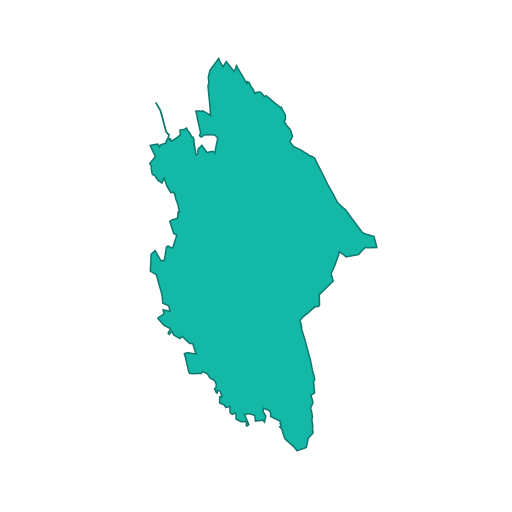 Bārbeles pag., Vecumnieku, Latvia, rotated 65°
{"feature_id": "27541924B85355894177971", "entity_name": "Bārbeles pag.", "entity_type": "district", "adm_level": 2, "iso_a3": "LVA", "parent_name": "Latvia", "parent_adm1": "Vecumnieku", "projection": "natural_earth1", "projection_center": [24.603, 56.465], "detail": "fine", "context": "isolated", "style": "filled", "palette": "teal", "viewbox_px": 512, "rotation_deg": 65, "n_neighbors": 0, "source": "geoboundaries", "source_scale": "gbopen_adm2", "svg_char_len": 5975}
<svg xmlns="http://www.w3.org/2000/svg" viewBox="0 0 512 512"><g transform="rotate(65 256 256)"><path d="M358.8,349.7L359.2,349.8L360.4,349.6L361.0,349.5L362.8,349.7L363.4,349.6L363.7,349.4L363.8,349.2L363.7,349.0L363.5,348.9L362.2,348.1L361.9,347.9L361.7,347.7L361.8,347.3L362.3,346.7L362.8,346.1L363.2,345.8L363.8,345.6L364.3,345.6L365.0,345.9L365.3,345.9L365.9,345.9L367.2,345.8L368.2,346.0L369.1,346.2L369.2,346.4L369.1,346.8L368.2,347.7L368.1,347.9L368.3,348.3L373.2,350.9L373.7,351.0L374.1,350.9L374.2,350.7L374.5,350.3L374.6,350.2L375.9,349.4L376.2,348.9L376.5,348.4L377.6,347.8L378.8,347.6L380.5,347.4L380.5,346.9L381.0,345.6L381.1,343.5L381.6,343.1L382.7,343.9L386.3,345.4L387.6,345.6L389.6,344.3L389.2,341.7L389.4,341.4L391.2,341.3L392.3,341.5L393.5,342.3L393.8,342.4L394.2,342.4L394.8,342.8L395.5,343.0L399.7,339.7L400.6,338.4L400.8,337.7L401.1,336.8L401.4,336.1L401.7,335.6L402.2,335.1L402.7,334.9L403.0,335.0L403.4,335.2L404.7,336.1L405.7,336.4L405.9,336.3L406.3,336.0L406.2,335.5L406.1,334.7L405.7,333.8L405.5,333.7L395.0,333.4L395.5,329.9L397.7,327.0L399.4,325.0L399.7,325.0L400.3,324.5L405.4,326.3L407.7,319.2L410.1,318.5L408.4,317.2L406.3,315.5L405.2,314.8L399.6,315.3L398.6,314.4L397.1,313.6L401.8,309.2L404.6,309.1L407.6,310.6L414.6,304.9L415.5,304.3L416.6,303.9L417.0,304.0L417.7,304.9L420.7,304.9L420.8,306.7L424.4,305.7L427.3,306.4L433.8,307.1L439.1,304.9L445.2,302.2L449.8,301.2L450.8,291.4L443.1,285.5L440.7,279.5L440.0,278.8L436.1,277.7L434.4,276.6L432.1,275.7L428.0,274.6L425.3,272.6L422.9,272.1L420.1,271.2L417.1,270.9L416.6,270.5L413.2,266.5L409.4,265.5L409.1,265.7L408.9,265.6L405.5,265.0L405.4,265.0L404.9,261.1L404.7,260.7L400.4,259.1L394.7,257.2L394.1,256.7L393.0,255.1L389.9,254.3L386.0,253.6L383.3,253.2L379.7,252.2L372.7,250.5L367.6,249.7L352.9,247.1L343.9,245.9L339.9,245.2L339.6,244.5L332.9,243.3L331.0,238.8L330.0,234.9L329.9,234.9L329.8,233.5L327.8,227.0L327.3,224.7L326.5,224.3L327.3,223.1L327.5,222.5L328.2,220.6L327.0,219.0L317.8,215.0L315.9,209.6L314.3,205.1L313.9,203.8L311.3,196.6L304.0,195.4L303.4,195.0L298.9,189.7L297.7,188.4L296.8,187.6L289.8,180.5L287.4,178.8L292.6,175.7L294.8,174.9L298.0,162.6L298.0,162.2L295.6,156.9L294.9,154.4L294.7,153.5L294.4,153.2L295.7,151.4L299.4,142.9L288.2,140.8L285.7,143.7L284.2,145.2L282.9,147.0L280.1,149.4L279.7,149.7L260.7,153.6L252.2,155.2L251.3,155.5L249.5,156.5L246.8,157.7L245.8,158.0L242.9,159.2L242.2,159.4L240.1,159.6L234.7,159.8L220.6,160.8L209.2,161.0L196.0,161.5L191.9,161.5L189.2,163.4L189.5,163.6L186.3,166.1L186.0,165.9L182.0,168.6L179.0,170.5L173.8,174.7L173.7,174.8L172.8,175.7L166.7,177.0L163.3,172.6L163.1,172.4L156.7,171.5L155.0,171.8L150.7,173.0L145.7,173.6L145.2,172.4L144.4,171.5L144.3,171.4L140.5,169.8L132.1,170.3L132.5,170.7L125.3,174.3L118.8,177.2L114.8,179.2L115.3,181.0L111.1,182.0L109.8,182.5L109.0,183.1L107.8,186.4L108.4,188.2L104.5,188.3L102.9,188.2L101.5,188.7L100.3,188.9L96.4,188.8L94.7,189.7L94.2,190.1L94.2,190.4L95.6,191.5L86.3,192.3L82.9,192.7L75.2,193.3L78.1,195.9L79.4,197.9L67.2,200.8L70.6,205.9L64.7,206.6L61.2,206.3L68.2,219.2L73.8,223.7L78.8,225.4L80.2,226.4L81.6,227.7L104.0,235.6L104.2,235.9L109.3,237.7L101.9,242.9L101.9,244.3L100.6,246.1L99.3,249.3L106.5,250.8L106.8,251.2L108.4,251.4L121.6,254.3L121.8,255.3L122.7,256.1L123.4,256.2L125.1,255.5L124.5,251.4L126.2,247.6L128.8,242.3L132.5,240.8L134.7,242.1L141.5,247.2L145.4,249.9L144.4,250.1L143.1,250.7L142.4,252.3L141.6,256.6L132.8,258.3L133.6,260.3L134.5,263.0L135.0,263.4L136.1,264.1L136.3,264.4L136.6,264.7L137.1,264.5L138.9,265.5L139.0,267.6L130.6,265.3L129.6,265.7L129.4,265.6L130.0,265.3L127.4,264.2L126.3,264.1L125.5,263.9L124.9,263.1L121.7,262.8L121.3,263.8L115.5,264.2L113.3,265.0L110.7,264.8L111.0,267.4L110.8,268.3L109.7,271.7L114.2,273.3L115.4,278.0L116.1,283.3L115.8,283.5L115.5,284.2L115.3,284.3L115.1,284.5L115.3,285.0L115.2,285.1L114.9,285.2L114.7,285.1L114.3,284.4L114.1,284.2L113.8,284.0L113.3,284.5L113.2,285.2L113.0,285.4L112.6,285.6L112.3,285.7L111.8,285.7L109.8,283.7L109.2,283.5L108.7,283.6L108.5,283.9L108.0,284.2L106.8,284.4L106.5,284.5L106.2,284.8L105.3,284.8L88.2,281.7L83.3,281.1L82.5,281.1L74.9,281.9L74.6,282.1L83.3,281.3L88.2,282.0L105.3,285.0L106.3,284.9L106.7,284.6L108.1,284.4L108.3,284.2L108.6,284.0L108.8,283.8L109.0,283.7L109.6,283.7L111.6,285.6L111.7,285.8L112.3,285.8L112.2,286.0L112.5,286.8L114.6,289.5L115.7,290.1L115.1,293.2L115.1,294.3L115.0,295.8L116.5,297.5L113.1,297.6L112.0,301.3L111.1,305.2L123.4,305.2L123.4,305.4L125.8,310.1L127.3,313.3L130.1,312.8L132.1,313.7L133.2,314.2L135.7,315.0L138.3,315.4L138.5,315.4L140.2,313.7L140.5,313.6L143.5,313.4L146.6,312.5L147.0,312.3L146.9,312.1L150.1,310.5L146.6,306.4L154.9,307.2L162.6,306.5L163.6,303.4L165.0,303.7L167.2,303.8L167.1,303.7L170.0,304.5L171.9,304.7L173.2,304.7L174.3,304.8L175.4,305.0L176.2,305.0L177.5,305.2L179.1,305.8L181.0,306.2L182.4,306.5L183.1,306.3L183.4,306.9L183.3,307.9L182.7,308.4L184.1,307.9L185.1,309.0L188.5,311.2L188.4,312.8L188.1,314.6L187.8,317.0L188.1,319.5L200.8,321.1L203.6,318.9L213.7,328.3L209.9,331.5L209.9,333.2L214.1,336.2L217.8,338.6L221.3,341.1L221.1,341.3L221.0,341.7L221.1,342.1L220.6,342.7L220.6,343.0L220.4,343.3L220.3,343.7L220.2,344.2L208.4,345.2L209.6,348.6L210.1,350.3L216.7,353.7L225.1,358.2L230.4,354.4L231.8,354.4L251.4,357.6L254.0,358.5L259.4,360.4L264.3,356.1L268.3,357.0L268.5,356.9L269.7,357.3L265.5,362.9L269.6,364.0L270.7,371.0L271.6,371.2L279.9,368.7L285.3,364.5L285.9,364.2L288.9,368.3L290.3,367.8L288.8,363.8L292.8,364.0L298.7,359.8L297.6,357.0L307.3,353.1L308.6,350.3L319.5,351.9L314.7,358.8L314.2,362.2L318.4,362.9L332.0,365.8L334.2,365.8L334.9,365.0L336.2,362.5L337.1,360.3L337.1,360.0L339.3,355.6L338.1,353.0L339.1,352.7L339.5,351.9L340.0,351.5L340.6,351.2L342.0,350.1L343.1,349.8L344.5,349.5L346.2,349.5L347.8,348.9L348.7,348.2L349.6,347.4L350.8,346.6L351.7,346.2L352.9,346.1L355.0,346.2L355.6,346.3L357.0,347.0L357.7,347.5L358.5,348.2L358.6,348.6L358.7,349.6L358.8,349.7Z" fill="#14b8a6" stroke="#0f766e" stroke-width="1.5"/></g></svg>